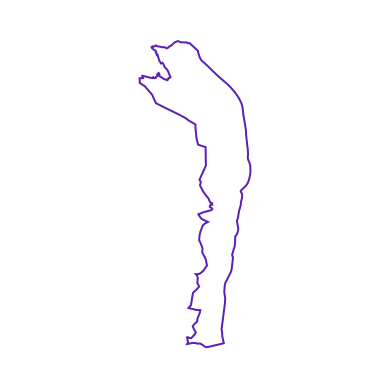 the district of Drobeta-Turnu Severin, Romania, rotated 234°
{"feature_id": "2599482B41880521076659", "entity_name": "Drobeta-Turnu Severin", "entity_type": "district", "adm_level": 2, "iso_a3": "ROU", "parent_name": "Romania", "parent_adm1": "", "projection": "equal_earth", "projection_center": [22.617, 44.673], "detail": "fine", "context": "isolated", "style": "outline", "palette": "violet", "viewbox_px": 384, "rotation_deg": 234, "n_neighbors": 0, "source": "geoboundaries", "source_scale": "gbopen_adm2", "svg_char_len": 4979}
<svg xmlns="http://www.w3.org/2000/svg" viewBox="0 0 384 384"><g transform="rotate(234 192 192)"><path d="M51.0,128.9L57.7,131.8L60.0,133.4L61.9,134.4L63.3,135.0L82.9,153.5L86.8,156.6L90.3,158.3L91.9,159.2L95.4,162.0L97.7,164.2L99.4,166.3L100.3,168.4L104.3,176.2L106.1,178.6L114.5,186.3L115.7,186.9L117.6,187.5L120.3,191.0L122.9,194.5L125.3,196.7L130.6,200.8L131.3,203.2L132.2,204.7L133.2,206.1L134.4,207.3L135.4,208.0L137.3,209.0L139.3,209.9L140.7,210.6L142.0,211.3L142.9,212.2L143.3,212.9L143.8,213.6L144.2,214.1L145.3,215.2L146.8,216.7L148.9,218.8L150.6,221.0L153.0,224.0L154.2,224.9L155.3,225.9L155.6,226.3L156.6,227.6L158.0,229.1L159.3,230.3L160.2,230.9L161.7,231.4L162.7,231.6L163.9,231.8L164.2,232.1L164.5,232.7L164.8,235.3L165.1,237.7L165.8,240.6L166.6,242.6L168.2,244.9L169.1,246.0L170.2,247.4L171.7,249.1L174.3,251.4L177.7,253.8L179.3,254.7L181.7,255.6L184.2,256.2L185.9,256.7L186.9,257.3L187.7,257.8L188.9,259.0L190.7,260.3L194.9,262.9L196.6,263.7L200.7,266.1L206.0,269.1L209.1,271.2L211.0,272.3L216.0,274.9L221.1,277.4L224.4,279.0L227.0,280.5L231.5,283.0L233.7,283.8L235.8,284.4L237.9,284.7L239.8,285.0L241.8,285.2L245.2,285.3L248.1,285.3L250.8,285.0L253.9,284.8L254.9,284.6L257.7,284.2L260.0,283.7L268.3,281.7L272.6,280.8L275.8,280.3L277.6,279.9L282.8,279.1L284.9,278.7L287.9,278.1L289.5,277.8L291.0,277.3L292.0,277.2L292.7,277.1L293.8,277.1L294.8,277.2L295.4,277.2L297.1,277.6L298.4,278.0L300.1,278.6L301.4,279.1L302.8,279.8L312.1,277.9L313.0,277.7L313.3,277.7L313.5,277.7L313.8,277.6L314.0,277.4L314.1,277.1L314.3,276.9L314.6,276.6L314.8,276.4L314.9,276.2L315.0,276.0L315.1,275.9L315.4,275.9L315.5,275.9L315.8,275.8L316.1,275.7L316.5,275.3L316.6,275.2L316.7,274.9L316.8,274.8L317.5,273.8L319.1,271.7L319.5,271.2L322.3,269.4L322.4,269.2L323.2,266.1L322.7,260.7L323.0,259.8L323.1,259.1L323.1,258.6L322.7,258.2L323.2,255.9L324.0,255.5L324.4,255.3L324.8,255.1L325.7,254.6L325.9,253.8L326.8,252.9L327.2,252.5L327.3,252.4L329.1,250.9L329.7,250.1L330.0,249.8L330.3,249.6L331.9,248.9L331.9,248.0L332.0,246.4L332.9,245.6L333.0,245.6L333.0,245.0L333.0,244.4L332.2,244.3L331.7,244.2L330.9,244.4L329.0,244.9L328.4,245.3L327.8,245.6L327.7,245.6L327.2,245.6L326.8,245.6L326.4,244.9L326.1,244.7L325.8,244.9L325.4,244.9L324.9,244.5L323.4,244.1L323.3,244.8L323.0,244.8L322.8,244.7L319.8,243.5L317.9,242.8L314.2,242.5L314.0,243.4L313.8,243.9L313.8,244.0L313.4,244.0L312.4,244.1L308.9,243.3L307.9,243.4L306.4,243.7L304.9,243.8L303.2,243.5L301.9,243.1L298.9,242.4L298.3,242.3L297.5,242.1L297.5,241.1L297.8,241.1L297.8,239.5L297.2,238.7L296.9,237.8L297.2,237.6L297.3,237.7L297.5,237.9L297.9,237.3L298.0,237.2L298.7,236.5L299.6,235.9L300.8,235.4L302.1,234.8L303.0,234.7L304.0,234.0L304.6,234.0L306.2,233.8L306.3,234.5L306.6,234.4L306.6,234.7L307.0,234.7L307.3,234.6L307.4,235.0L308.0,234.9L307.5,232.8L306.1,232.6L306.1,232.4L306.1,232.2L306.2,230.2L305.6,229.6L305.9,229.2L306.0,229.1L306.2,228.8L306.3,228.5L306.6,228.2L307.1,227.8L307.7,228.0L307.7,227.7L307.1,227.5L307.7,226.5L311.4,223.4L315.1,220.3L316.0,220.2L312.9,219.4L313.0,219.2L314.8,216.5L314.6,216.4L314.3,216.2L313.6,215.7L312.7,215.1L312.1,214.7L311.5,214.2L311.3,214.1L311.2,214.0L311.1,213.9L310.9,213.8L310.5,214.0L310.0,214.2L309.0,214.6L308.6,214.7L308.5,214.8L307.2,215.2L306.8,215.4L306.7,215.4L305.9,215.9L305.7,215.9L305.4,216.0L305.2,216.0L300.8,216.4L294.1,216.9L293.8,216.9L293.3,216.7L293.0,216.7L290.3,216.1L288.4,215.7L287.3,215.5L285.2,215.0L277.1,219.1L261.5,227.4L256.3,229.9L255.6,230.2L251.7,231.4L247.2,233.4L244.5,234.5L244.4,234.4L243.2,233.5L241.6,232.3L232.7,227.2L226.7,224.8L223.1,227.3L220.3,229.4L215.1,225.7L214.7,225.5L212.0,223.5L206.1,219.4L205.2,218.7L197.4,205.1L195.4,205.2L193.7,203.8L193.3,202.9L192.1,202.2L188.7,201.8L185.4,201.3L181.5,201.3L179.3,201.4L176.9,201.5L173.2,200.6L171.2,201.7L169.8,200.9L170.8,199.6L170.2,198.2L169.4,197.6L167.6,198.5L166.2,198.4L166.0,197.3L166.0,196.9L168.7,189.9L169.8,185.7L170.3,184.1L169.1,183.9L164.6,183.9L158.4,187.3L158.5,186.5L158.9,183.9L158.6,181.2L158.2,180.4L157.4,179.2L155.7,176.6L155.2,175.8L153.6,173.9L152.2,172.3L151.8,172.0L149.1,169.7L148.7,169.4L146.7,169.1L143.6,168.4L142.7,168.1L140.3,167.4L139.9,167.1L137.3,164.9L135.3,164.5L135.2,164.5L129.9,163.7L129.2,163.4L128.9,163.3L127.8,162.8L123.8,161.0L123.7,160.8L123.2,159.3L122.3,156.8L121.4,153.7L121.4,149.9L121.5,149.7L122.3,148.4L122.8,147.3L123.2,146.8L122.3,146.9L121.4,147.1L120.5,146.7L118.5,145.8L115.5,142.9L113.6,142.6L111.3,142.2L111.1,141.4L110.4,138.3L109.9,133.7L108.6,132.3L107.4,131.0L106.1,129.7L103.6,127.2L101.1,124.7L100.2,121.0L96.9,123.8L93.6,126.6L91.6,129.3L89.6,127.2L87.6,124.0L86.5,122.2L84.1,119.8L83.7,115.9L82.9,113.6L80.3,113.1L78.2,112.8L76.1,112.5L75.2,110.7L74.6,107.5L74.2,105.5L75.4,104.1L76.9,103.4L77.3,102.5L72.7,100.5L71.9,98.7L71.6,99.3L70.5,101.6L69.4,104.0L67.8,106.0L66.0,107.4L64.7,109.4L62.3,110.6L59.3,111.5L57.8,112.5L56.1,116.5L55.6,117.8L52.4,125.2L51.0,128.9Z" fill="none" stroke="#5b21b6" stroke-width="2"/></g></svg>